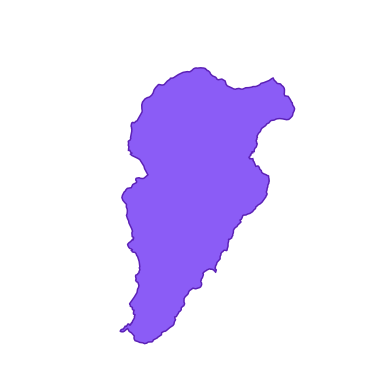 the district of Stramtura, Maramures, Romania, rotated 330°
{"feature_id": "2599482B10134802893946", "entity_name": "Stramtura", "entity_type": "district", "adm_level": 2, "iso_a3": "ROU", "parent_name": "Romania", "parent_adm1": "Maramures", "projection": "equal_earth", "projection_center": [24.134, 47.755], "detail": "fine", "context": "isolated", "style": "filled", "palette": "violet", "viewbox_px": 384, "rotation_deg": 330, "n_neighbors": 0, "source": "geoboundaries", "source_scale": "gbopen_adm2", "svg_char_len": 6049}
<svg xmlns="http://www.w3.org/2000/svg" viewBox="0 0 384 384"><g transform="rotate(330 192 192)"><path d="M89.1,301.0L89.7,300.7L94.1,300.4L95.4,298.6L98.1,298.7L99.1,299.2L100.4,299.2L105.1,298.3L108.7,298.1L110.1,297.5L112.1,295.4L113.4,294.7L113.9,294.3L113.8,293.7L114.5,291.6L116.0,292.0L116.6,291.8L117.5,291.2L119.6,290.2L120.4,289.4L121.8,289.3L123.4,288.8L123.9,288.4L124.7,287.0L125.0,286.9L126.6,286.4L127.9,286.4L128.3,286.2L129.6,285.2L129.9,284.5L130.0,283.4L131.8,280.4L133.7,279.3L137.1,278.5L138.1,277.9L139.0,277.0L140.4,276.2L144.8,275.8L146.5,277.5L147.2,277.8L151.0,278.6L152.1,278.4L153.3,277.7L154.2,276.8L154.8,275.4L154.8,274.0L155.1,273.4L156.1,272.9L156.5,272.1L158.0,271.5L160.4,269.4L160.7,268.8L160.8,267.9L162.0,267.4L164.1,267.1L165.4,267.2L165.9,267.0L168.6,267.3L169.1,267.6L169.5,268.2L170.7,268.9L171.5,270.0L171.9,270.7L171.9,271.4L172.2,271.8L172.3,273.2L172.5,273.2L174.0,271.7L174.1,271.1L173.7,270.6L173.9,269.5L174.8,268.7L175.4,267.8L176.8,267.1L178.4,265.5L182.9,264.0L183.9,262.2L184.7,261.4L185.7,260.9L186.1,259.8L186.3,259.6L186.7,259.6L187.6,259.1L189.1,259.0L190.0,258.5L190.9,258.6L192.7,260.0L193.5,259.7L193.8,259.1L195.9,257.2L196.5,256.3L197.4,254.7L199.3,252.7L199.9,251.4L200.2,251.3L200.9,251.8L203.4,251.6L204.2,250.7L205.5,250.1L206.0,249.1L207.4,248.0L208.9,245.7L209.8,245.3L210.4,244.8L212.4,244.4L213.6,244.4L215.6,243.3L217.0,243.1L219.3,242.5L219.5,242.1L219.4,241.1L219.6,240.3L221.0,240.3L222.4,239.4L224.3,237.8L225.0,237.8L227.3,238.9L229.0,238.9L231.5,239.5L234.6,239.3L236.5,238.5L238.6,238.1L240.1,236.7L241.1,236.7L243.1,236.2L245.1,236.3L247.6,235.8L253.6,233.1L254.5,232.2L255.3,232.0L256.1,231.2L256.2,229.8L256.5,229.0L257.8,227.9L259.1,226.2L260.0,225.6L261.1,224.0L263.0,222.7L263.5,221.9L264.4,221.1L264.4,220.7L264.9,220.0L265.0,219.4L265.4,218.8L265.6,217.8L266.3,216.5L266.1,215.9L265.3,215.2L265.0,214.4L264.0,213.0L263.6,212.6L262.6,211.0L262.2,210.0L262.7,208.0L262.1,206.1L262.4,205.0L262.5,203.2L262.1,202.4L260.1,201.7L260.8,196.6L260.5,195.4L261.0,195.0L261.1,193.9L261.3,193.5L259.6,192.8L259.4,192.1L258.6,191.9L258.7,190.4L261.5,189.4L261.5,188.7L262.8,188.5L263.3,188.0L264.2,188.4L264.3,188.2L263.9,188.1L264.0,187.4L264.2,187.2L264.7,187.4L265.0,187.8L266.1,188.1L266.3,187.5L267.6,186.1L268.4,185.6L270.2,185.1L272.5,183.0L272.6,182.8L272.3,182.2L272.4,181.9L272.9,181.4L273.1,179.9L273.6,179.2L274.4,178.9L275.1,177.8L276.0,177.3L276.2,176.1L279.0,174.4L281.0,173.9L281.9,173.4L283.2,172.3L284.6,171.7L288.9,171.3L290.9,170.4L293.2,170.6L295.4,169.7L296.4,169.7L299.1,170.8L301.2,170.9L302.1,171.1L304.6,172.2L307.2,174.1L310.1,176.7L312.1,177.5L313.9,177.2L316.6,176.4L317.4,175.9L318.9,174.2L321.2,172.6L322.4,171.3L322.6,170.6L322.8,168.7L322.6,167.5L322.9,166.0L323.3,165.2L323.4,164.7L323.1,163.7L323.3,162.0L323.3,160.5L323.1,157.3L320.5,155.1L320.7,153.6L321.0,152.9L321.4,152.6L323.2,149.7L323.7,148.3L323.7,147.3L323.6,146.1L323.0,144.6L322.7,142.9L322.4,142.4L320.2,140.7L320.0,140.2L319.7,138.2L319.1,136.4L319.2,133.8L317.6,133.7L314.6,134.0L309.0,133.2L306.1,132.4L304.3,133.0L301.3,132.8L299.7,132.4L297.6,131.2L296.1,131.0L293.6,130.1L290.7,128.6L287.2,128.2L285.9,127.4L284.9,126.2L284.3,125.7L282.2,124.9L280.9,124.7L279.5,123.4L278.4,121.6L275.6,117.7L275.4,115.8L276.2,112.4L274.5,109.4L274.3,109.1L270.8,107.9L270.2,107.0L270.0,106.5L270.1,105.6L269.8,104.3L267.8,101.6L267.1,99.2L267.3,97.2L266.7,95.2L265.8,94.3L265.8,93.4L265.1,92.1L265.3,91.8L264.2,90.6L261.5,88.7L258.3,87.3L257.6,86.6L256.3,86.2L255.0,86.1L252.4,86.7L250.4,86.8L249.7,86.6L248.1,85.4L244.0,83.9L238.9,83.5L233.2,83.8L232.0,83.6L230.2,82.7L229.2,83.3L226.1,83.6L221.5,85.1L219.6,84.5L217.3,82.5L216.6,82.2L212.7,83.4L210.2,84.6L208.0,86.7L205.5,88.0L202.7,88.5L200.3,87.9L197.8,87.9L194.1,89.4L192.0,91.5L190.1,95.1L189.7,96.4L188.8,97.7L180.0,102.9L179.0,102.7L176.7,103.2L176.1,102.8L175.6,102.1L174.4,102.1L173.6,102.8L172.4,104.2L172.1,104.7L172.1,105.6L171.6,106.3L171.4,107.3L170.1,109.4L166.0,114.1L165.9,114.8L164.3,116.1L162.5,116.1L161.9,116.6L161.6,117.8L160.2,119.6L159.9,121.4L158.7,122.8L157.8,124.2L158.9,124.8L158.8,126.5L158.9,127.4L159.3,128.2L157.6,128.4L158.2,130.3L161.8,135.6L163.0,137.8L163.3,145.6L162.6,148.1L162.4,155.1L157.7,156.0L156.4,155.9L154.3,154.5L153.3,153.2L151.2,152.4L150.3,152.3L149.5,153.1L149.2,154.0L149.4,154.9L148.9,155.8L148.1,156.1L145.5,155.9L144.3,156.0L141.6,157.9L137.8,156.5L135.8,157.1L134.8,157.8L133.2,158.1L130.1,160.1L128.5,161.8L128.0,164.6L128.5,167.6L129.1,169.9L127.8,171.8L127.5,172.6L127.4,174.1L126.6,176.0L125.0,178.3L123.6,179.4L122.9,182.5L122.7,185.2L121.9,187.3L121.4,193.6L120.9,196.2L120.0,196.8L119.4,197.5L117.9,200.7L118.7,202.0L118.5,202.5L118.1,202.6L118.0,203.2L117.0,204.0L116.6,203.9L116.5,203.4L114.2,204.2L112.1,204.4L110.1,205.1L109.7,206.4L109.6,208.5L110.1,210.1L111.0,211.0L111.4,212.1L110.2,212.4L110.6,213.2L110.4,213.9L110.9,214.6L112.4,215.8L112.8,217.2L112.4,219.3L112.6,220.7L111.5,225.8L109.4,230.7L108.5,231.3L108.2,232.3L108.2,232.8L107.6,233.6L106.4,234.3L105.8,235.3L104.4,235.6L103.3,236.1L101.8,235.9L101.4,236.2L101.0,236.7L100.3,238.7L100.3,239.1L100.0,239.6L99.4,239.9L99.1,240.2L99.0,241.5L99.1,242.1L99.6,242.5L99.8,242.9L99.9,243.4L99.3,246.3L98.1,247.8L96.3,248.9L94.1,251.6L89.2,254.3L82.2,257.5L81.9,258.3L82.0,258.6L82.0,259.2L81.5,260.1L82.6,262.1L82.4,262.8L81.9,263.2L81.8,263.5L81.8,264.0L82.3,265.3L82.6,265.5L81.3,266.8L80.4,268.2L80.4,268.5L80.6,269.1L81.2,269.6L80.6,270.5L79.7,271.2L79.3,272.2L76.0,274.1L75.1,274.9L74.6,274.9L74.6,275.2L74.2,275.2L72.7,275.7L72.6,276.2L72.2,276.3L71.8,276.3L71.4,275.9L71.5,275.6L71.2,274.7L70.5,274.3L68.1,275.5L67.4,275.3L67.1,274.8L64.1,276.3L62.8,275.9L61.4,275.9L60.3,276.6L60.7,277.5L62.3,278.6L63.8,278.7L66.9,278.1L68.0,278.1L67.9,281.2L68.7,283.0L69.1,283.3L70.0,287.8L69.0,289.1L68.5,290.1L68.4,290.9L68.4,292.3L70.4,294.5L71.6,296.2L74.0,298.0L75.1,299.6L77.3,300.3L77.8,300.1L79.2,300.1L82.4,301.8L83.7,301.5L84.6,300.8L89.1,301.0Z" fill="#8b5cf6" stroke="#5b21b6" stroke-width="1.5"/></g></svg>